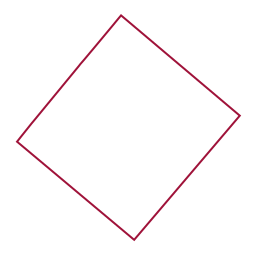 outline of Ringgold, Iowa, United States of America, rotated 130°
{"feature_id": "52423323B92247192856320", "entity_name": "Ringgold", "entity_type": "district", "adm_level": 2, "iso_a3": "USA", "parent_name": "United States of America", "parent_adm1": "Iowa", "projection": "orthographic", "projection_center": [-94.258, 40.735], "detail": "fine", "context": "isolated", "style": "outline", "palette": "rose", "viewbox_px": 256, "rotation_deg": 130, "n_neighbors": 0, "source": "geoboundaries", "source_scale": "gbopen_adm2", "svg_char_len": 384}
<svg xmlns="http://www.w3.org/2000/svg" viewBox="0 0 256 256"><g transform="rotate(130 128 128)"><path d="M132.0,205.3L182.7,204.8L183.4,204.8L186.5,204.8L203.1,204.4L209.8,204.2L209.7,51.4L46.7,50.3L46.2,205.7L46.4,205.7L50.2,205.7L61.1,205.6L86.7,205.5L94.5,205.5L98.8,205.5L103.8,205.5L109.5,205.6L112.2,205.5L132.0,205.3Z" fill="none" stroke="#9f1239" stroke-width="2"/></g></svg>